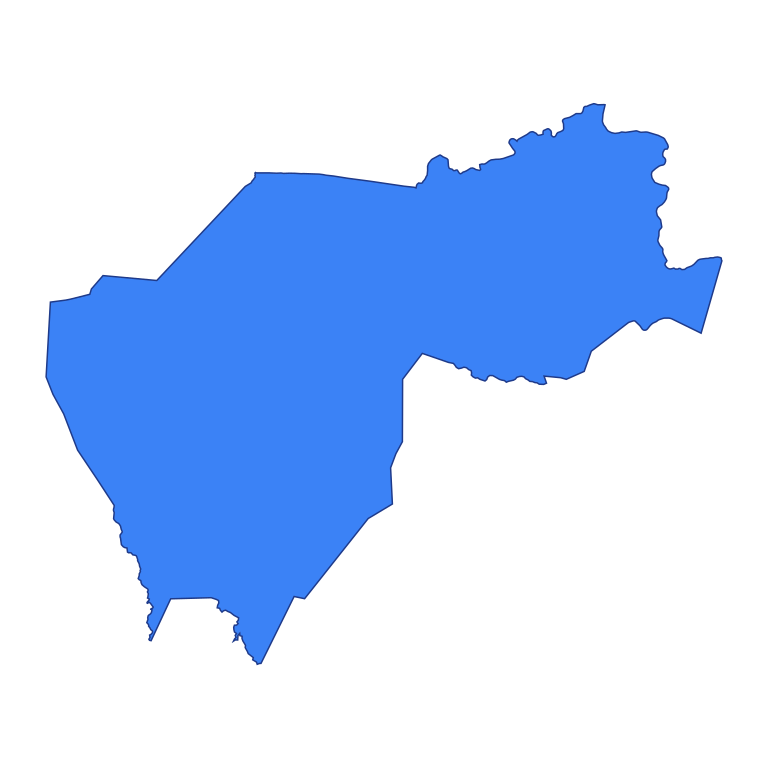 Goh, Fromager, Ivory Coast (orthographic projection)
{"feature_id": "98640826B83650084589555", "entity_name": "Goh", "entity_type": "district", "adm_level": 2, "iso_a3": "CIV", "parent_name": "Ivory Coast", "parent_adm1": "Fromager", "projection": "orthographic", "projection_center": [-5.701, 6.152], "detail": "fine", "context": "isolated", "style": "filled", "palette": "blue", "viewbox_px": 768, "rotation_deg": 0, "n_neighbors": 0, "source": "geoboundaries", "source_scale": "gbopen_adm2", "svg_char_len": 6110}
<svg xmlns="http://www.w3.org/2000/svg" viewBox="0 0 768 768"><path d="M721.9,260.8L721.5,260.0L721.2,258.0L720.1,257.5L717.7,257.0L714.9,257.3L713.2,257.8L710.4,257.8L708.1,258.4L706.2,258.4L700.9,259.1L699.5,259.4L697.8,260.3L694.0,264.3L691.6,266.0L687.0,267.7L684.6,269.4L681.9,269.6L680.0,268.4L679.0,268.4L677.8,269.1L676.5,269.0L675.7,269.2L673.9,268.1L671.4,268.8L670.0,269.0L668.8,268.7L667.6,268.1L666.4,267.0L665.1,265.2L665.0,264.2L665.5,262.6L666.4,261.9L666.9,260.6L663.9,255.3L663.2,253.7L662.7,251.7L662.9,249.6L662.7,248.8L662.3,248.1L659.9,245.4L658.0,241.5L657.8,240.1L658.9,235.7L659.0,231.4L659.7,229.7L661.2,228.1L661.8,227.0L660.6,219.9L657.3,215.7L656.5,212.2L656.4,211.0L657.0,208.8L657.6,207.6L659.7,205.9L661.9,204.6L662.8,203.7L664.5,201.8L666.1,199.1L666.5,198.0L666.9,193.6L667.2,192.1L668.7,189.4L668.6,188.1L667.8,187.1L665.5,185.5L662.3,185.1L659.0,184.2L654.8,182.4L652.6,178.9L651.9,177.5L651.4,174.4L651.8,172.4L652.3,171.5L655.7,168.5L659.0,166.2L660.6,165.5L663.1,165.0L664.1,164.4L664.7,163.7L665.1,162.8L665.6,161.2L665.5,159.4L664.7,158.1L663.2,156.7L662.9,156.0L662.7,154.0L663.0,152.3L664.3,149.8L665.0,149.2L667.3,149.0L667.7,148.2L668.1,147.5L668.2,146.4L667.7,144.6L664.5,138.8L663.4,137.9L658.3,135.4L647.7,132.2L646.0,132.0L641.0,132.3L640.1,132.1L636.8,130.9L635.7,130.9L625.6,132.4L621.7,132.0L619.0,132.9L615.0,133.4L611.6,132.7L609.2,131.6L608.0,130.9L606.5,129.1L605.7,127.6L603.6,124.8L602.5,121.9L602.4,120.9L603.0,113.9L605.1,104.8L604.3,104.6L597.9,104.8L594.7,103.8L593.6,103.7L589.5,105.1L586.7,106.4L585.1,106.4L583.8,107.4L583.0,110.9L582.4,112.1L581.7,113.1L580.7,113.6L576.1,113.6L572.9,115.6L569.7,117.3L564.7,118.6L563.5,119.3L562.8,120.0L562.5,121.0L563.5,123.8L563.7,128.8L562.9,130.4L560.8,131.5L557.8,132.6L556.8,133.6L555.9,135.5L554.9,136.7L553.3,136.9L552.4,136.4L551.3,135.2L551.4,132.9L551.2,131.7L550.8,130.7L549.2,129.2L548.4,128.8L547.4,128.8L543.5,130.6L543.0,132.0L543.1,134.2L540.6,135.0L538.2,135.3L537.2,134.6L536.4,133.5L533.4,131.9L532.3,131.7L531.1,131.9L530.2,132.1L527.0,134.5L518.8,139.0L517.5,140.1L517.0,141.2L515.8,140.1L513.7,138.8L512.5,138.7L511.2,138.9L510.1,139.7L509.6,140.5L509.1,141.9L509.0,142.9L512.7,148.5L514.8,151.1L515.1,152.3L514.8,153.5L513.8,154.7L512.8,155.2L503.2,158.5L499.5,159.2L495.8,159.3L491.1,159.9L488.9,161.1L486.6,162.9L484.9,163.9L483.9,164.1L481.9,164.0L479.7,164.6L480.0,167.6L480.4,168.4L480.6,169.6L479.6,170.4L475.6,169.5L474.5,168.7L472.6,168.0L470.7,168.2L466.7,170.7L464.3,171.8L463.2,172.0L461.5,173.4L460.2,173.8L459.1,172.9L457.3,170.1L456.1,170.0L455.1,170.6L453.6,170.6L452.1,169.2L449.9,168.7L449.1,168.1L448.5,166.3L448.0,159.8L446.9,158.6L442.5,156.6L441.9,156.0L440.1,155.0L439.3,155.3L432.3,159.1L431.4,159.8L428.5,163.5L427.6,166.3L427.6,170.6L427.1,175.3L426.2,176.5L425.5,178.3L424.4,180.0L422.9,181.6L422.5,182.7L421.1,183.3L418.6,183.0L417.2,184.2L416.6,185.3L416.0,187.9L414.3,187.3L404.1,186.2L370.0,181.2L347.9,178.3L333.4,176.0L326.0,175.2L323.0,174.6L319.1,174.1L303.3,173.6L301.3,173.7L294.9,173.3L289.5,173.2L283.5,173.4L281.0,173.0L276.7,173.2L269.5,172.9L257.2,172.9L255.9,172.8L255.5,172.5L254.9,173.1L255.3,174.3L254.9,175.6L255.2,176.5L255.1,177.4L254.3,178.2L253.6,179.4L252.2,180.9L251.1,182.9L245.3,186.4L156.8,280.5L103.0,275.6L91.4,289.0L89.8,294.3L70.3,299.2L65.8,300.1L50.4,302.1L46.1,376.9L53.0,394.4L63.7,413.9L77.6,450.1L97.5,479.8L114.2,505.4L114.0,507.4L113.5,509.2L113.5,510.6L114.2,512.6L113.6,518.7L114.3,520.0L116.1,522.0L118.7,523.5L119.7,524.8L120.5,526.1L121.2,529.2L122.2,531.5L122.1,532.3L120.1,535.0L120.1,537.0L120.5,538.0L121.4,544.7L123.3,546.8L124.8,547.6L127.0,548.0L127.5,552.1L128.6,552.8L130.1,552.7L131.1,552.9L132.9,554.9L134.9,555.2L136.2,555.7L136.7,556.6L137.7,559.6L137.6,560.7L139.2,563.8L139.6,566.3L140.7,569.0L140.1,570.7L140.4,571.4L140.0,572.5L139.3,573.6L139.2,575.6L138.2,578.6L139.2,579.7L140.7,580.5L141.0,581.5L141.1,582.7L142.0,584.7L144.4,586.8L147.5,588.8L148.0,589.4L148.1,590.8L147.5,591.5L147.5,592.2L148.3,593.5L148.3,594.1L147.9,596.8L147.5,598.0L149.3,599.1L149.1,600.0L147.2,602.2L147.0,602.9L147.4,603.3L148.0,603.1L148.1,602.3L148.8,602.1L149.5,602.5L150.6,603.5L153.2,607.1L152.5,608.3L151.1,608.7L150.9,609.3L151.6,609.3L152.0,609.8L151.4,612.6L150.2,614.1L148.6,615.2L148.1,615.9L147.7,617.9L148.0,619.2L146.8,622.7L147.9,623.8L148.4,624.6L148.7,625.2L148.6,626.2L150.0,628.0L150.8,629.7L152.1,630.6L152.5,631.4L152.5,632.5L151.4,634.0L149.6,635.1L150.0,637.4L148.9,639.2L149.5,640.3L151.1,640.7L170.7,598.8L211.2,597.7L216.3,599.4L218.5,600.5L218.8,603.0L217.7,605.2L217.2,607.8L219.6,608.3L220.5,610.4L222.0,612.1L223.6,610.7L225.7,610.2L227.9,611.5L230.4,612.5L234.1,615.4L238.6,617.8L238.3,620.2L236.9,621.9L238.1,623.6L236.6,625.1L234.4,625.2L233.7,627.3L233.9,629.7L234.5,632.0L236.5,633.5L235.2,635.4L236.0,637.4L234.5,639.0L233.5,641.1L235.4,639.9L237.7,640.0L238.0,635.4L239.7,633.4L239.9,635.6L242.1,636.3L242.0,638.5L242.9,641.0L245.5,645.3L245.2,647.6L247.4,651.5L248.2,653.6L253.3,657.6L252.7,659.8L256.5,662.1L257.2,664.3L259.4,663.5L261.0,663.4L294.1,596.5L304.6,598.7L368.2,518.5L392.4,504.0L390.6,467.8L395.9,453.7L402.4,441.7L402.6,379.3L422.3,353.4L448.4,362.4L453.4,363.4L455.0,365.3L456.3,367.3L458.6,368.7L461.4,368.1L463.9,367.2L466.5,367.7L468.7,369.6L471.1,370.6L471.6,372.9L471.3,375.1L473.0,376.8L475.4,378.1L477.6,377.8L479.9,379.3L485.0,381.0L486.7,379.6L487.7,377.0L489.7,375.5L492.8,375.6L499.5,379.4L501.7,380.1L504.5,380.6L506.3,382.2L508.6,381.3L513.4,380.2L515.3,379.2L516.9,377.3L519.4,376.5L521.8,376.3L524.0,376.9L525.6,378.7L528.0,379.9L529.9,381.4L532.5,381.6L534.9,382.6L537.1,382.8L539.2,384.2L541.4,384.3L543.7,384.4L546.5,383.2L544.1,376.1L560.7,377.7L566.3,379.3L584.2,371.4L591.3,351.2L626.7,323.9L628.7,322.4L632.9,321.0L634.0,320.8L635.1,321.1L639.9,325.7L642.4,329.3L643.4,330.0L644.2,330.2L645.3,330.2L646.5,329.8L647.4,329.0L650.3,325.4L651.8,324.0L653.0,323.1L656.5,321.5L658.1,320.2L659.1,319.7L663.0,318.4L664.5,318.1L668.7,318.1L670.1,318.3L671.7,318.8L701.1,333.2L721.9,260.8Z" fill="#3b82f6" stroke="#1e3a8a" stroke-width="1.5"/></svg>